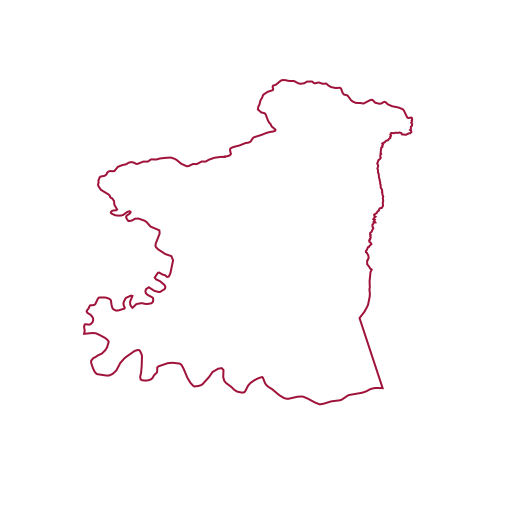 Cartago, Valle del Cauca, Colombia (Natural Earth projection), rotated 254°
{"feature_id": "7082276B65356767722018", "entity_name": "Cartago", "entity_type": "district", "adm_level": 2, "iso_a3": "COL", "parent_name": "Colombia", "parent_adm1": "Valle del Cauca", "projection": "natural_earth1", "projection_center": [-75.902, 4.71], "detail": "fine", "context": "isolated", "style": "outline", "palette": "rose", "viewbox_px": 512, "rotation_deg": 254, "n_neighbors": 0, "source": "geoboundaries", "source_scale": "gbopen_adm2", "svg_char_len": 6103}
<svg xmlns="http://www.w3.org/2000/svg" viewBox="0 0 512 512"><g transform="rotate(254 256 256)"><path d="M409.6,352.9L408.9,350.8L408.8,349.7L409.3,346.1L410.4,344.2L413.7,340.8L415.2,335.9L417.2,332.2L417.9,329.3L417.6,327.9L415.2,322.4L415.0,319.3L414.1,318.6L411.6,318.5L410.8,317.8L410.6,312.4L409.1,307.7L408.1,306.6L407.0,306.0L404.1,303.0L401.0,301.3L398.6,299.2L396.3,298.2L392.6,300.6L390.9,303.6L389.6,304.3L383.6,304.8L380.8,305.3L378.7,306.4L376.3,306.7L372.2,309.5L371.2,309.1L370.9,307.3L371.4,303.6L371.4,299.6L370.9,294.7L370.7,287.1L370.3,285.6L367.5,282.4L367.2,281.4L367.1,279.3L367.5,277.2L366.8,270.6L367.0,264.4L366.7,261.9L366.0,260.6L364.9,260.2L361.0,260.0L360.1,258.8L359.8,257.4L359.9,255.0L360.3,253.4L359.8,253.3L361.0,249.4L361.9,242.9L361.5,237.0L360.6,233.6L361.8,230.0L360.7,224.4L361.8,220.7L361.0,215.8L361.4,214.1L365.3,209.5L369.8,206.5L371.6,204.9L374.1,201.3L375.1,197.0L376.2,190.7L376.2,186.9L377.7,182.1L377.7,181.2L376.7,178.7L376.7,177.5L377.8,173.7L377.2,167.4L377.6,166.2L379.4,164.4L380.6,162.2L380.8,159.3L380.0,156.6L380.2,152.5L379.8,147.8L376.7,143.3L377.1,141.1L377.8,139.6L377.9,137.7L377.0,135.7L375.7,134.9L375.2,133.8L374.8,132.3L375.2,128.6L374.8,127.5L371.8,125.2L370.0,125.0L368.4,123.9L367.1,123.7L362.4,125.1L355.6,131.4L353.9,132.1L352.5,132.1L350.9,133.7L347.9,134.7L344.4,134.0L338.9,135.3L338.5,134.1L339.1,131.4L339.0,129.8L338.1,128.5L336.8,128.6L334.0,131.8L332.9,134.4L332.0,137.7L332.2,140.0L333.8,144.2L333.9,146.8L332.8,147.6L331.7,146.6L330.4,142.8L329.2,141.8L327.4,142.0L324.9,142.9L324.6,143.5L324.3,146.3L325.2,150.2L324.3,153.4L320.6,158.7L318.7,160.2L313.4,162.7L307.3,170.2L304.0,169.5L296.1,163.4L293.8,162.2L292.2,162.2L289.6,163.6L282.9,169.3L279.2,174.6L274.7,175.1L262.8,168.8L260.4,166.6L260.2,165.5L260.6,164.5L262.4,163.5L263.9,161.1L266.8,158.3L266.9,157.1L263.2,152.7L261.2,153.4L258.2,156.8L253.6,159.9L252.3,160.3L251.1,160.3L250.0,159.7L249.3,158.8L247.9,153.9L248.0,153.0L250.4,148.8L255.5,144.3L254.3,141.0L252.4,139.9L250.4,139.9L248.5,141.1L244.6,145.1L243.6,145.5L240.6,144.5L239.6,143.1L239.4,142.1L239.7,138.9L240.3,136.7L242.2,133.1L242.7,128.8L242.6,127.4L240.8,124.2L240.3,122.8L243.1,121.8L244.7,121.8L247.0,122.5L251.6,126.2L252.4,124.9L251.6,119.5L251.0,118.7L248.5,116.4L247.0,115.5L244.6,115.2L242.4,115.6L241.7,115.0L241.6,109.1L241.9,106.9L242.3,106.2L243.9,104.4L245.1,103.7L248.5,103.6L253.3,104.3L254.5,103.8L255.9,102.5L257.6,99.8L259.0,95.2L259.3,93.4L258.3,92.0L254.2,88.4L253.7,87.6L253.6,86.0L254.3,83.0L253.6,82.1L251.8,80.7L250.3,78.5L249.2,77.9L247.8,78.3L244.9,80.9L242.6,81.9L240.9,82.2L239.2,81.8L237.6,80.8L236.1,78.4L236.0,76.7L237.4,73.3L237.4,72.5L235.5,71.2L231.5,70.8L228.6,69.3L227.0,77.8L225.8,80.8L224.0,83.0L218.9,88.3L216.3,90.1L214.2,90.8L209.3,87.7L207.1,85.3L204.7,81.0L204.1,77.0L203.1,73.9L202.7,71.5L200.9,68.8L199.4,68.2L197.5,68.1L192.5,68.4L188.9,69.1L186.7,70.2L186.2,70.8L182.2,79.5L181.6,82.1L182.2,85.7L184.4,90.1L190.7,96.2L193.9,101.3L194.7,103.1L198.2,113.2L198.2,116.4L197.8,117.6L196.8,118.3L193.4,118.9L191.2,118.8L181.8,115.8L175.3,113.3L171.7,111.3L169.0,111.1L167.8,112.6L166.7,115.4L166.2,118.3L166.4,121.1L167.2,122.8L169.5,125.2L171.2,128.4L171.8,129.0L176.1,130.4L176.8,131.8L177.3,141.5L176.4,146.3L173.9,152.3L173.1,153.5L171.7,154.4L167.7,155.3L157.8,156.5L152.2,158.0L148.8,159.7L147.6,160.7L146.9,164.9L147.0,167.5L147.4,169.1L152.6,177.5L156.5,182.3L158.1,188.6L157.6,192.2L155.3,193.3L148.6,191.1L144.7,191.1L142.0,192.3L137.1,196.1L133.7,198.0L131.3,200.0L130.5,201.1L128.5,204.9L128.2,207.1L129.0,208.4L133.7,212.8L135.6,215.9L136.9,219.7L137.8,224.0L138.0,228.5L137.1,229.1L130.9,229.7L128.5,230.7L126.3,232.2L123.8,234.6L115.8,240.0L111.7,243.8L110.2,246.4L109.8,247.8L109.3,257.0L108.3,261.5L107.3,263.2L104.5,266.6L98.9,272.3L95.8,276.4L95.4,279.7L95.5,288.4L94.2,296.7L94.3,299.0L96.6,305.9L96.7,307.5L95.3,320.2L95.5,324.6L96.5,329.2L96.5,332.1L96.1,334.9L94.1,341.3L167.8,338.4L172.4,344.7L176.3,348.6L178.3,350.3L185.6,354.1L188.5,355.1L192.9,355.9L194.2,356.7L200.4,358.2L208.9,361.6L211.1,363.5L212.6,362.2L214.0,362.0L217.4,360.6L221.0,361.6L221.4,362.5L222.1,362.7L222.9,363.7L225.2,364.1L228.4,363.5L229.1,362.8L230.3,362.9L231.7,364.6L233.6,366.0L233.6,367.1L234.3,367.7L235.6,370.2L237.4,369.8L238.4,368.9L239.4,369.3L239.9,369.1L240.5,370.3L241.3,370.3L241.6,371.0L242.4,371.5L243.6,371.2L244.5,372.1L245.3,371.6L246.7,372.1L247.5,373.9L249.5,375.4L250.0,376.3L251.6,376.4L252.1,376.0L254.1,376.6L254.7,377.7L255.6,378.5L255.4,379.9L256.2,379.6L256.7,378.7L258.0,380.2L259.1,379.0L260.2,380.4L260.8,381.7L261.8,380.8L263.2,381.0L264.0,383.8L265.4,385.2L265.7,386.5L267.5,387.7L267.8,388.7L267.5,390.1L269.2,391.9L272.5,392.6L273.6,393.4L276.5,393.8L278.1,394.7L280.2,394.4L281.7,394.9L282.7,394.6L283.4,395.2L285.1,395.4L287.4,394.7L290.3,395.5L291.2,395.2L292.9,395.8L294.3,395.6L295.4,396.0L297.3,395.8L301.1,396.6L302.8,396.3L304.8,397.0L306.6,396.8L308.7,398.2L309.6,398.4L311.4,398.0L314.4,400.1L315.0,401.8L316.1,403.0L317.1,402.8L319.5,403.7L319.6,404.4L320.2,404.5L320.7,404.2L323.3,405.2L325.7,406.4L325.9,407.4L326.4,407.8L327.3,407.7L328.1,408.8L329.3,408.4L329.8,410.0L329.6,410.5L330.9,412.9L330.9,415.0L331.9,416.1L332.6,417.8L333.8,417.9L334.1,418.7L334.6,419.0L335.7,418.6L337.0,419.9L336.0,422.4L336.1,424.0L335.2,426.4L335.2,427.9L334.2,429.5L332.7,429.8L331.2,433.5L331.8,436.9L331.5,437.8L331.7,438.4L332.2,439.4L332.7,439.6L333.7,439.6L334.6,438.9L334.9,439.7L337.5,440.5L338.3,441.9L339.9,442.5L341.3,441.9L342.5,443.2L343.4,443.0L344.0,443.7L345.7,443.9L346.4,443.2L346.4,441.6L346.8,440.2L347.7,439.5L354.9,438.3L356.2,437.8L357.2,436.8L359.4,434.0L362.6,427.9L365.6,424.4L367.7,423.3L368.7,422.2L368.8,421.2L368.1,418.7L368.2,416.9L370.4,412.9L373.7,411.1L374.3,410.4L374.3,408.3L372.9,401.4L374.2,398.7L375.7,394.1L377.7,391.7L379.4,390.4L385.1,388.2L387.0,385.0L389.1,384.2L393.5,383.9L394.6,383.0L395.5,378.9L397.7,374.7L399.8,372.7L402.4,371.0L403.2,367.5L405.5,364.2L405.8,360.0L406.4,359.2L408.0,358.3L408.5,357.3L409.6,352.9Z" fill="none" stroke="#9f1239" stroke-width="2"/></g></svg>